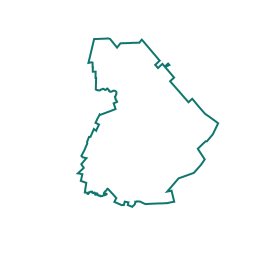 Cruillas, Tamaulipas, Mexico (Robinson projection), rotated 219°
{"feature_id": "50627088B28720868594108", "entity_name": "Cruillas", "entity_type": "district", "adm_level": 2, "iso_a3": "MEX", "parent_name": "Mexico", "parent_adm1": "Tamaulipas", "projection": "robinson", "projection_center": [-98.359, 24.655], "detail": "fine", "context": "isolated", "style": "outline", "palette": "teal", "viewbox_px": 256, "rotation_deg": 219, "n_neighbors": 0, "source": "geoboundaries", "source_scale": "gbopen_adm2", "svg_char_len": 4695}
<svg xmlns="http://www.w3.org/2000/svg" viewBox="0 0 256 256"><g transform="rotate(219 128 128)"><path d="M45.7,99.8L54.7,106.7L56.3,104.7L57.5,103.3L57.0,120.7L55.4,123.3L48.6,134.5L48.1,145.0L48.6,151.9L59.6,155.4L60.7,155.8L59.4,166.2L59.2,166.6L58.3,167.3L58.1,176.4L60.9,188.4L64.4,188.3L72.2,187.9L76.9,187.5L85.7,189.0L90.3,189.9L93.7,190.6L96.5,191.1L97.2,186.1L101.4,186.8L111.1,188.5L121.1,190.2L124.7,190.8L123.9,196.2L126.1,196.6L128.7,197.1L133.5,198.0L134.3,198.1L136.0,198.4L137.5,198.7L135.5,203.0L137.4,203.3L138.0,198.8L141.6,199.5L142.4,193.5L146.6,194.2L146.4,195.1L145.8,200.3L146.0,200.3L168.7,204.6L168.8,204.6L170.1,204.9L172.9,205.3L172.9,203.8L172.8,201.5L173.1,201.3L176.4,198.4L177.9,197.2L179.7,195.5L183.9,191.9L187.2,189.0L187.1,183.6L198.0,185.9L199.8,185.1L200.3,184.8L200.8,184.1L210.3,175.8L205.3,165.4L199.7,153.7L197.7,156.1L196.7,156.5L193.7,152.9L193.5,153.1L192.1,151.2L190.8,149.6L188.6,151.4L184.8,146.5L184.3,146.9L177.3,137.7L176.9,137.8L176.7,137.8L176.3,137.8L176.1,137.9L175.9,138.0L175.6,138.1L175.4,138.2L175.4,138.3L175.1,138.4L174.9,138.5L174.6,138.7L174.6,138.8L174.2,139.0L173.8,139.3L173.7,139.4L173.5,139.5L173.4,139.7L173.4,139.8L173.4,140.0L173.4,140.4L173.3,140.5L173.1,141.0L172.9,141.3L172.7,141.6L172.5,141.8L172.4,142.0L172.4,142.3L172.3,142.5L172.2,142.7L172.1,142.8L171.9,142.9L171.4,143.0L171.2,143.0L170.9,143.0L170.7,143.1L170.4,143.1L170.2,143.1L169.9,143.1L169.7,143.2L169.6,143.3L169.4,143.5L169.2,143.8L169.2,144.0L169.2,144.5L169.2,144.9L169.2,145.2L169.1,145.3L169.0,145.5L168.9,145.6L168.6,145.8L168.4,145.7L168.2,145.6L167.9,145.5L167.7,145.5L167.3,145.5L167.0,145.5L166.5,145.2L166.4,145.1L166.2,144.9L166.0,145.0L165.9,145.0L165.7,145.1L165.4,145.1L165.2,145.0L164.9,144.9L164.6,144.9L164.5,145.0L164.4,145.2L164.3,145.3L164.2,145.4L164.1,145.5L163.9,145.7L163.8,145.8L163.7,146.0L163.5,146.4L163.4,146.5L163.2,146.8L163.1,147.2L163.0,147.4L163.0,147.6L162.7,147.8L162.5,148.1L162.3,148.2L162.1,148.3L161.7,148.5L161.3,148.7L160.9,148.8L160.2,148.7L159.7,148.6L159.5,148.4L158.9,147.9L158.8,147.5L158.7,147.3L158.4,147.0L158.3,146.8L158.3,146.7L158.2,146.3L157.9,145.0L157.8,144.8L157.8,144.5L157.8,144.3L157.7,144.3L157.7,144.1L157.6,143.9L157.4,143.7L156.9,143.4L156.7,143.3L156.5,143.2L156.4,143.2L156.2,143.1L156.2,142.9L156.0,142.7L155.9,142.6L155.7,142.5L155.5,142.3L155.4,142.2L155.0,142.2L154.9,142.2L154.5,142.2L154.3,142.2L154.2,142.1L153.4,141.7L153.2,141.6L152.9,141.5L152.9,141.4L154.7,138.2L149.6,134.9L152.3,130.1L154.1,127.1L154.9,125.7L158.1,120.4L158.5,120.5L158.2,119.4L157.5,115.4L156.9,113.3L156.5,111.6L152.7,112.4L151.9,109.1L151.7,108.1L151.0,105.8L153.9,105.8L151.7,97.9L151.6,97.5L152.7,96.6L151.0,91.3L149.8,90.2L149.4,88.4L147.9,83.3L146.7,77.0L144.9,76.7L141.3,78.4L141.4,77.3L141.4,75.2L141.5,70.6L141.3,70.6L140.7,70.2L137.5,69.3L137.3,69.2L137.3,68.8L137.7,66.1L138.2,62.6L138.4,61.2L136.7,62.2L134.4,63.4L131.9,58.4L131.4,57.2L125.9,59.1L121.0,50.7L120.2,51.2L119.9,51.5L119.3,51.9L118.7,51.9L118.7,51.7L118.4,51.5L118.1,51.5L118.0,51.4L117.8,51.5L117.7,51.9L117.4,51.9L117.4,52.2L117.5,52.2L117.7,52.3L117.8,52.3L117.8,52.8L117.8,53.1L117.8,53.3L117.7,53.3L117.6,53.2L117.5,53.3L117.4,53.4L117.3,53.6L117.3,53.9L117.3,54.0L117.3,54.4L117.3,54.5L117.2,54.7L117.0,54.8L116.8,55.1L116.6,55.3L116.3,55.6L115.9,56.0L115.7,56.0L115.6,55.8L115.5,55.5L115.5,55.4L115.4,55.3L115.1,55.2L114.8,55.3L114.6,55.4L114.3,55.4L114.2,55.5L113.7,55.9L113.7,56.0L113.3,56.8L113.0,56.8L112.9,56.8L112.6,56.6L112.4,56.5L112.1,56.2L112.1,55.8L111.7,55.6L111.4,55.6L111.0,56.0L111.0,56.4L110.9,56.9L111.0,57.1L111.1,57.4L111.1,57.6L110.9,57.7L110.7,57.7L110.4,57.7L110.1,57.5L110.1,57.4L110.0,57.1L109.8,57.0L109.8,56.8L109.7,56.7L109.2,56.8L109.1,57.0L108.7,57.1L108.4,57.2L108.2,57.0L107.9,57.1L107.6,57.3L107.6,57.6L107.4,57.8L107.2,57.9L106.9,57.8L106.5,57.8L106.3,57.7L106.1,57.8L106.0,58.0L105.9,58.2L105.8,58.4L105.7,58.5L105.2,58.9L105.1,59.0L104.9,59.7L104.8,59.9L104.7,60.1L104.7,60.4L104.7,61.0L104.3,61.0L104.2,60.9L104.1,61.0L103.9,61.2L103.8,61.4L103.8,61.6L103.6,61.5L103.4,62.0L103.2,62.4L103.0,62.6L102.9,62.7L103.0,63.2L103.7,63.2L103.8,63.0L103.9,62.7L104.0,62.7L104.3,62.2L104.9,61.4L105.5,61.8L105.6,62.1L105.8,62.7L105.9,62.9L105.8,63.6L105.9,64.0L105.6,65.7L105.6,66.3L105.6,66.9L105.7,67.1L105.8,67.6L105.8,67.8L105.7,68.0L104.8,68.0L100.2,67.3L98.4,67.1L93.0,66.2L92.1,62.0L84.4,64.1L82.7,65.5L84.2,68.7L80.9,70.5L79.7,68.0L75.1,69.4L75.0,70.3L74.7,73.0L75.7,75.1L75.9,75.3L75.2,75.7L75.1,76.4L72.4,78.4L71.6,78.6L68.5,79.3L67.0,79.7L66.6,79.8L62.9,83.2L57.0,88.4L55.4,89.8L54.2,90.7L52.4,92.4L50.5,94.0L47.6,97.6L45.7,99.8Z" fill="none" stroke="#0f766e" stroke-width="2"/></g></svg>